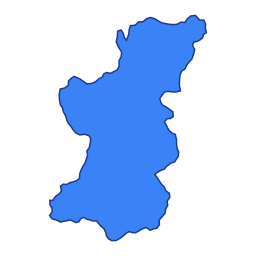 the district of Santo Antônio do Aventureiro, Minas Gerais, Brazil
{"feature_id": "56859067B95763753347810", "entity_name": "Santo Antônio do Aventureiro", "entity_type": "district", "adm_level": 2, "iso_a3": "BRA", "parent_name": "Brazil", "parent_adm1": "Minas Gerais", "projection": "natural_earth1", "projection_center": [-42.811, -21.75], "detail": "fine", "context": "isolated", "style": "filled", "palette": "blue", "viewbox_px": 256, "rotation_deg": 0, "n_neighbors": 0, "source": "geoboundaries", "source_scale": "gbopen_adm2", "svg_char_len": 2333}
<svg xmlns="http://www.w3.org/2000/svg" viewBox="0 0 256 256"><path d="M206.4,32.6L205.4,28.2L205.5,23.8L203.8,20.1L199.7,20.1L197.6,17.7L195.3,15.4L191.0,15.9L187.4,18.8L185.0,22.5L181.0,22.1L177.1,24.3L173.3,24.6L168.6,24.2L164.4,23.4L161.3,22.7L157.9,20.7L154.4,18.6L150.5,17.5L147.0,18.5L143.2,21.6L138.8,21.9L135.1,25.2L130.5,25.7L129.2,29.6L128.7,34.4L126.4,40.3L124.3,37.5L123.3,33.5L121.2,30.0L117.7,31.1L117.3,37.1L116.2,41.7L118.3,46.7L121.6,52.1L121.2,56.8L119.1,60.4L119.1,66.2L117.2,70.0L113.7,71.7L110.6,73.4L106.9,72.5L103.9,73.7L102.3,77.1L99.1,78.7L95.4,81.8L91.6,83.5L86.8,83.8L83.0,81.1L80.0,79.0L76.9,77.5L74.0,76.4L71.0,78.5L68.5,81.0L68.3,85.4L64.5,88.1L60.2,89.0L59.2,94.3L59.5,100.0L60.4,105.0L62.3,107.5L63.4,111.7L65.8,116.3L66.9,120.4L68.3,123.3L70.9,126.3L73.4,130.2L75.8,132.9L79.8,134.9L84.8,134.3L89.0,135.7L90.7,138.6L90.3,142.6L89.2,147.8L86.9,150.9L87.6,155.1L86.1,159.9L84.9,163.4L82.9,166.3L81.1,170.0L79.7,173.9L79.5,178.4L76.5,180.7L72.8,182.0L69.6,182.8L66.7,184.5L63.4,184.1L60.4,186.2L61.5,191.0L58.9,194.2L55.5,196.4L53.0,200.3L49.9,200.3L50.0,204.8L51.9,208.0L52.2,211.8L49.6,215.5L51.9,218.8L56.6,220.1L60.5,222.1L63.7,221.2L66.8,220.8L70.1,219.9L73.1,221.2L76.0,222.6L78.9,221.7L80.6,218.9L83.6,217.3L86.8,219.2L89.9,220.0L93.0,220.9L96.6,220.9L98.8,223.7L100.7,226.0L103.7,228.3L105.7,232.4L106.4,235.8L108.5,238.8L111.6,240.6L116.0,240.6L120.7,237.9L123.6,235.6L126.4,233.1L129.2,231.6L132.2,232.5L135.1,232.8L137.8,231.6L141.2,229.4L146.1,227.4L150.2,230.3L153.1,228.9L156.8,228.3L159.4,224.8L159.1,220.1L162.3,216.5L164.9,213.6L165.8,208.8L167.7,205.4L167.1,201.3L169.8,197.2L169.3,193.3L165.8,190.8L164.2,186.8L161.9,184.8L159.4,181.1L157.0,177.3L154.8,174.4L157.4,172.4L160.6,170.4L164.2,169.2L166.9,166.1L170.9,163.1L174.7,161.9L176.4,159.0L178.2,156.4L178.7,152.1L177.1,148.4L176.6,144.6L176.5,139.7L175.3,134.5L172.2,133.1L168.9,130.4L166.9,126.5L164.4,121.9L167.2,118.7L170.5,118.5L173.2,116.5L172.9,111.9L168.7,108.8L165.6,106.6L162.3,105.0L160.8,102.3L159.8,98.6L161.9,95.4L164.3,92.2L167.5,91.3L171.1,91.8L175.6,92.0L180.4,90.9L179.4,85.2L179.6,79.6L180.1,74.9L181.6,71.2L185.0,68.9L187.0,64.7L188.9,62.3L191.9,58.9L193.7,53.9L194.6,49.4L192.5,45.4L193.8,42.2L197.0,41.4L199.5,40.2L202.5,38.0L203.4,34.6L206.4,32.6Z" fill="#3b82f6" stroke="#1e3a8a" stroke-width="1.5"/></svg>